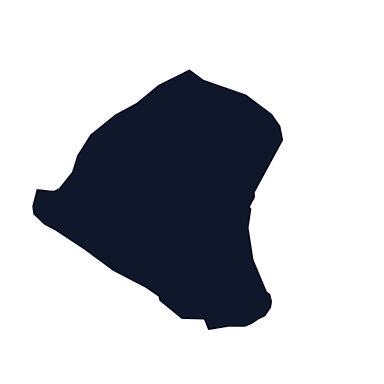 the district of Magdalena Milpas Altas, Sacatepéquez, Guatemala, rotated 214°
{"feature_id": "79465075B1840985123579", "entity_name": "Magdalena Milpas Altas", "entity_type": "district", "adm_level": 2, "iso_a3": "GTM", "parent_name": "Guatemala", "parent_adm1": "Sacatepéquez", "projection": "robinson", "projection_center": [-90.68, 14.541], "detail": "fine", "context": "isolated", "style": "filled", "palette": "ink", "viewbox_px": 384, "rotation_deg": 214, "n_neighbors": 0, "source": "geoboundaries", "source_scale": "gbopen_adm2", "svg_char_len": 714}
<svg xmlns="http://www.w3.org/2000/svg" viewBox="0 0 384 384"><g transform="rotate(214 192 192)"><path d="M279.0,261.7L287.0,234.6L298.3,213.0L307.6,182.8L306.9,158.3L301.9,141.7L303.6,120.6L306.2,115.7L309.6,113.4L317.0,109.6L321.4,107.2L315.8,91.3L310.7,85.5L296.1,83.1L284.5,84.4L249.6,84.8L213.3,83.3L176.9,87.5L160.8,87.3L157.9,84.4L129.9,81.8L110.7,93.9L101.4,87.6L86.8,101.4L73.2,110.5L69.0,117.2L66.4,123.7L62.6,130.4L62.6,140.2L65.1,145.6L70.3,150.3L74.5,150.5L103.7,169.7L125.8,193.6L133.9,210.6L136.4,211.4L137.6,222.6L140.5,226.4L146.2,285.5L148.9,288.4L153.2,292.6L156.0,295.4L169.4,300.6L201.4,302.2L245.1,290.7L262.2,291.4L279.0,261.7Z" fill="#0f172a" stroke="#020617" stroke-width="1.5"/></g></svg>